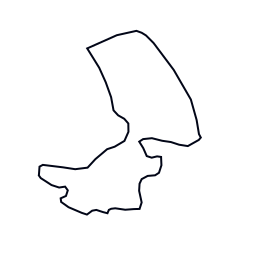 the Municipality of Jegunovce, rotated 18°
{"feature_id": "MKD-2963", "entity_name": "Jegunovce", "entity_type": "Municipality", "adm_level": 1, "iso_a3": "MKD", "parent_name": "North Macedonia", "parent_adm1": "", "projection": "robinson", "projection_center": [21.128, 42.089], "detail": "fine", "context": "isolated", "style": "outline", "palette": "ink", "viewbox_px": 256, "rotation_deg": 18, "n_neighbors": 0, "source": "natural_earth", "source_scale": "10m", "svg_char_len": 1021}
<svg xmlns="http://www.w3.org/2000/svg" viewBox="0 0 256 256"><g transform="rotate(18 128 128)"><path d="M106.0,33.0L111.6,33.2L116.5,34.4L126.1,39.3L153.5,58.6L179.0,81.5L190.8,99.2L197.4,111.9L200.2,114.6L199.0,117.5L190.5,126.7L181.8,128.1L173.1,128.1L164.4,129.6L153.9,130.3L145.8,133.9L142.9,137.5L148.7,142.4L154.5,148.9L159.7,148.9L164.4,146.0L168.4,145.3L171.3,153.1L171.3,161.0L168.4,164.6L161.5,167.5L156.8,172.4L156.2,177.4L158.0,184.3L164.0,194.6L164.0,201.4L158.9,203.2L150.6,206.6L140.7,208.3L137.0,210.0L135.1,211.8L134.8,215.4L130.2,215.7L123.2,215.7L119.5,217.7L115.7,223.0L110.3,223.0L95.9,221.7L87.3,219.0L85.7,215.7L90.0,211.8L90.0,205.9L86.3,203.2L80.9,205.9L72.9,205.9L60.5,202.6L57.8,200.6L57.7,199.8L56.3,194.2L55.8,192.1L58.4,189.4L78.3,185.5L90.5,183.5L101.8,178.2L106.6,167.7L114.7,154.6L121.1,149.9L128.6,141.4L129.6,131.5L126.9,123.6L121.6,120.4L114.7,119.0L108.8,115.7L102.4,103.9L92.7,91.4L82.0,79.6L64.6,64.9L88.7,43.2L106.0,33.0Z" fill="none" stroke="#020617" stroke-width="2"/></g></svg>